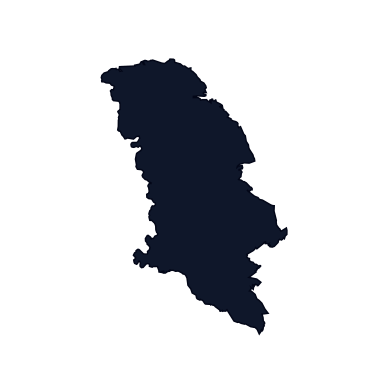 Corcova, Mehedinti, Romania (orthographic projection), rotated 222°
{"feature_id": "2599482B52479565944314", "entity_name": "Corcova", "entity_type": "district", "adm_level": 2, "iso_a3": "ROU", "parent_name": "Romania", "parent_adm1": "Mehedinti", "projection": "orthographic", "projection_center": [23.061, 44.685], "detail": "fine", "context": "isolated", "style": "filled", "palette": "ink", "viewbox_px": 384, "rotation_deg": 222, "n_neighbors": 0, "source": "geoboundaries", "source_scale": "gbopen_adm2", "svg_char_len": 6069}
<svg xmlns="http://www.w3.org/2000/svg" viewBox="0 0 384 384"><g transform="rotate(222 192 192)"><path d="M293.4,278.4L294.5,278.3L297.2,276.1L297.4,275.6L296.8,274.8L297.6,272.8L298.0,270.1L298.5,269.0L300.8,267.5L309.5,263.7L309.8,262.8L310.6,262.5L310.8,261.5L312.4,259.2L313.2,259.3L315.0,258.3L315.9,256.6L312.4,255.0L313.0,254.5L314.0,254.5L316.3,255.4L316.6,255.2L316.9,254.8L316.4,252.0L319.4,247.9L318.7,247.4L329.7,236.6L328.8,235.3L325.1,234.9L326.4,233.3L328.7,234.0L330.3,232.4L331.1,233.0L332.4,231.3L333.3,230.8L334.5,229.4L335.0,226.3L334.8,225.2L336.9,221.6L337.0,218.4L336.0,216.4L333.8,215.1L333.6,214.2L332.8,213.6L331.0,215.0L328.9,215.6L325.8,218.0L323.4,217.6L321.5,218.4L320.3,218.4L318.8,215.3L320.2,214.3L320.2,212.5L318.8,211.8L316.8,209.9L314.2,208.7L313.0,207.5L311.5,207.4L307.3,210.4L306.0,210.3L304.2,209.2L301.0,205.6L300.7,204.3L301.0,202.5L300.8,202.0L298.3,201.2L297.4,200.4L296.5,198.2L295.2,197.3L294.8,196.2L290.6,191.4L288.7,188.4L287.4,188.3L285.8,189.1L282.1,187.5L280.1,187.4L277.4,186.6L276.8,187.3L276.1,189.0L270.9,192.2L270.4,196.1L268.7,198.1L266.8,196.9L265.9,192.9L266.3,191.7L269.5,188.8L269.6,187.6L269.0,186.3L267.4,185.2L266.6,185.3L265.1,186.3L263.9,188.7L262.0,189.3L261.7,191.1L261.1,191.7L258.8,191.1L258.2,190.5L257.8,188.7L258.9,184.2L258.8,183.3L256.0,178.6L251.5,175.1L250.6,173.4L247.8,172.4L244.5,174.8L242.1,174.9L240.9,174.1L240.2,171.1L238.8,170.2L235.3,170.0L233.1,170.9L231.3,170.7L228.3,171.4L228.1,170.9L229.4,169.7L229.1,167.5L228.4,166.7L227.1,166.3L224.3,163.9L223.4,162.1L224.1,160.0L222.0,157.9L219.9,158.1L217.2,159.8L213.8,158.8L212.3,159.2L211.2,158.7L210.7,158.0L210.6,156.8L210.9,156.1L212.2,155.1L211.8,153.0L211.6,152.5L210.7,152.1L210.8,149.8L209.6,147.3L209.3,146.8L207.9,146.3L207.4,144.8L204.4,142.7L202.9,144.0L199.4,143.9L197.5,143.3L195.9,142.2L193.5,139.7L191.3,138.4L189.6,138.2L188.8,136.8L190.0,134.3L189.5,131.6L190.5,130.8L190.8,129.8L191.4,129.6L192.0,130.6L192.8,130.7L195.6,130.4L196.1,129.7L195.5,126.3L193.7,124.5L191.5,124.2L190.4,123.2L188.2,123.3L186.0,122.6L185.0,120.5L185.3,118.1L183.9,116.8L183.8,116.0L184.6,115.0L186.6,113.5L192.3,113.8L193.2,113.7L194.0,112.9L194.3,111.0L193.5,110.2L193.9,108.3L193.2,105.8L189.9,105.4L189.5,103.8L189.8,102.5L188.2,101.2L186.9,100.6L184.9,101.2L184.6,102.2L185.3,104.8L184.7,105.4L182.8,104.7L181.8,103.0L180.6,102.0L178.9,102.0L177.9,103.3L177.9,107.8L177.3,108.9L176.1,109.7L175.1,109.7L173.9,108.3L171.3,109.5L171.0,110.6L167.9,113.5L164.3,111.7L163.0,110.5L160.8,111.9L161.3,112.7L160.1,114.3L158.8,113.7L159.1,113.1L159.6,113.2L160.0,112.7L159.8,112.4L158.9,112.7L157.5,114.1L157.3,115.2L157.7,115.7L157.2,115.8L156.4,117.3L156.6,117.7L155.7,118.0L155.5,118.5L156.1,119.4L155.0,119.9L153.7,121.2L151.2,122.1L149.3,124.1L145.6,125.1L143.8,125.1L142.4,126.0L140.7,125.8L138.1,124.7L132.6,120.0L128.0,119.2L124.3,117.1L120.0,118.1L117.8,116.4L116.5,116.1L113.8,117.0L113.8,117.9L111.3,118.6L107.9,117.7L107.0,117.8L103.1,120.9L102.6,120.6L102.0,121.6L100.4,122.0L100.1,122.7L97.9,122.4L92.7,122.9L91.4,122.2L90.7,122.9L90.3,124.2L89.4,123.9L89.0,124.6L87.2,126.1L86.9,127.3L87.4,127.6L87.3,127.9L74.4,124.2L70.9,125.6L70.2,126.6L67.6,127.3L64.5,129.0L64.0,129.8L58.3,131.2L54.4,133.6L51.6,133.5L47.0,131.5L47.5,134.9L48.2,135.3L48.2,136.2L47.0,135.8L47.1,137.0L47.5,137.1L47.6,137.9L48.6,139.2L48.8,140.9L50.0,141.5L49.9,142.7L50.9,143.6L52.8,143.9L55.2,146.2L58.3,148.1L54.3,152.8L59.6,153.8L65.7,156.1L69.7,156.3L72.4,156.0L76.6,158.1L81.6,158.0L83.1,157.0L83.2,159.7L84.6,160.6L81.4,160.7L82.6,162.4L84.7,163.1L84.8,163.7L84.2,163.6L84.3,164.1L83.9,164.4L82.9,164.1L83.1,164.6L82.9,165.1L83.3,165.4L83.1,166.0L81.4,166.5L80.8,166.1L80.3,166.6L80.4,171.0L85.6,170.6L92.6,166.6L90.9,175.4L92.2,175.5L91.6,176.8L91.8,178.0L92.6,178.4L92.5,179.3L91.8,179.4L91.4,180.7L91.4,182.8L91.8,183.1L92.3,182.8L92.8,181.5L95.7,181.3L97.2,180.2L99.6,180.6L101.4,179.6L103.5,179.4L104.8,181.0L106.1,180.3L107.9,180.3L108.6,182.1L109.6,182.3L107.4,189.1L107.1,191.3L107.6,193.3L105.8,193.2L104.4,202.1L104.8,202.6L104.3,203.9L104.1,204.2L103.8,203.9L103.9,203.4L103.0,202.7L101.9,203.8L100.6,204.5L100.3,205.1L100.1,204.2L99.9,204.3L99.5,203.5L99.1,203.6L98.9,204.7L98.2,204.8L98.0,204.7L98.0,203.6L97.4,203.5L95.5,204.8L94.5,206.7L94.3,211.7L94.5,212.7L95.2,213.3L95.3,215.4L93.4,216.2L93.1,217.5L93.4,219.1L92.1,219.1L93.3,221.7L93.1,223.9L95.8,227.0L97.8,228.4L99.6,222.3L102.3,223.3L102.8,223.1L107.0,224.0L109.4,226.0L110.3,227.3L118.3,232.7L121.7,236.8L123.0,235.8L124.8,235.1L134.2,233.1L136.9,231.6L139.2,232.0L142.7,230.7L151.1,230.1L152.5,230.3L150.4,230.7L149.8,231.4L149.7,233.0L148.8,233.8L149.5,234.7L150.9,235.1L152.1,234.6L157.7,235.1L160.1,234.6L160.6,234.0L163.3,233.7L165.7,232.5L166.1,234.6L165.9,236.1L167.9,238.9L168.0,239.9L168.7,240.5L171.0,240.8L171.5,239.7L171.9,239.8L171.3,241.6L170.3,242.6L170.2,243.1L170.9,243.4L170.8,244.1L172.4,245.2L174.7,242.5L175.0,240.6L175.6,241.7L175.3,244.2L172.8,248.6L168.8,251.8L166.1,257.0L168.2,258.7L169.3,258.9L171.7,260.4L177.9,262.1L179.4,262.8L181.7,264.8L185.6,265.9L190.0,269.4L192.3,269.6L199.7,273.0L200.5,271.0L202.9,272.3L203.4,273.4L204.7,273.9L206.5,273.6L209.3,272.2L211.5,271.8L212.0,272.5L215.8,271.3L216.2,273.9L220.8,274.4L222.2,273.8L223.1,273.9L223.3,274.5L228.4,274.0L228.2,275.3L226.2,275.6L227.5,276.6L229.7,276.4L233.9,275.2L235.3,275.5L235.6,276.2L236.2,276.0L236.1,274.9L237.1,274.0L237.9,273.8L238.6,274.7L239.3,274.5L239.6,273.2L239.1,272.7L239.9,272.8L240.2,272.4L239.7,271.2L238.5,271.5L237.7,270.9L242.5,270.0L242.9,270.4L246.1,267.5L247.1,266.0L248.0,266.7L250.0,266.4L251.1,265.9L254.2,263.0L255.0,264.0L252.7,266.3L252.6,266.9L247.0,271.3L246.2,272.7L246.6,273.5L247.3,273.4L247.5,272.9L247.9,272.8L248.2,273.2L248.9,272.6L249.5,272.8L250.0,273.4L250.0,274.1L248.0,275.4L251.2,276.9L251.2,279.0L252.9,280.1L256.1,280.9L259.8,280.0L261.3,280.8L265.1,281.0L267.5,281.9L272.1,282.0L274.1,281.5L275.9,283.4L277.5,281.1L281.7,280.7L282.9,279.5L286.3,279.4L291.6,276.8L293.4,278.4Z" fill="#0f172a" stroke="#020617" stroke-width="1.5"/></g></svg>